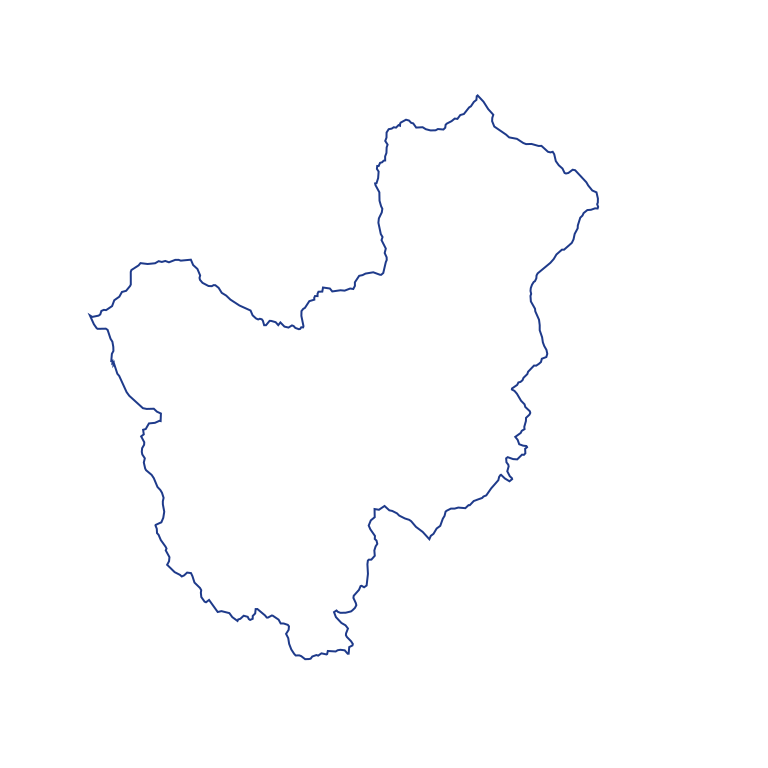 the district of Cajabamba, Cajamarca, Peru, rotated 338°
{"feature_id": "86281439B2923505587581", "entity_name": "Cajabamba", "entity_type": "district", "adm_level": 2, "iso_a3": "PER", "parent_name": "Peru", "parent_adm1": "Cajamarca", "projection": "equal_earth", "projection_center": [-78.074, -7.554], "detail": "fine", "context": "isolated", "style": "outline", "palette": "blue", "viewbox_px": 768, "rotation_deg": 338, "n_neighbors": 0, "source": "geoboundaries", "source_scale": "gbopen_adm2", "svg_char_len": 6154}
<svg xmlns="http://www.w3.org/2000/svg" viewBox="0 0 768 768"><g transform="rotate(338 384 384)"><path d="M578.9,151.5L577.8,151.9L576.1,155.2L573.0,156.1L568.6,159.1L566.6,159.4L559.2,163.6L555.5,163.2L551.4,165.7L549.0,164.4L545.1,165.6L539.7,166.1L538.2,166.8L536.8,169.3L534.4,170.3L529.5,167.8L526.9,168.1L522.1,166.3L518.2,163.4L516.0,160.4L509.9,158.3L508.7,153.3L507.0,152.0L505.9,149.1L503.4,147.2L497.4,147.9L496.5,148.6L495.6,150.5L494.5,149.4L491.2,150.8L489.2,149.6L486.8,150.1L483.8,149.5L480.6,151.8L478.6,156.5L476.2,159.1L477.0,163.4L475.1,165.6L472.8,170.7L470.3,173.4L468.8,177.2L467.3,176.8L465.4,177.7L463.2,177.5L460.7,179.9L459.4,179.3L458.0,181.9L458.6,185.0L455.7,190.9L452.3,195.0L450.9,194.7L450.6,196.5L451.5,204.5L448.5,212.4L447.9,218.1L448.1,220.9L446.2,224.1L441.3,228.5L439.2,232.4L437.2,243.8L437.7,247.2L435.6,249.7L436.4,259.1L433.7,262.8L433.9,267.5L433.0,270.0L431.3,271.7L424.9,280.8L422.3,281.7L421.2,281.2L415.9,276.4L408.2,274.7L404.9,275.0L401.5,274.4L395.1,278.8L393.8,282.1L391.1,284.4L388.4,282.8L382.5,282.7L378.8,280.8L370.7,278.8L369.6,275.2L363.6,271.7L361.4,275.2L357.8,273.9L356.2,275.4L355.3,277.6L353.0,276.6L351.6,277.9L351.0,279.7L345.8,279.2L339.2,283.8L337.2,284.1L334.8,285.5L332.9,289.9L331.0,300.2L330.2,301.2L328.5,300.4L326.9,301.5L325.6,301.3L322.8,298.8L321.9,296.4L320.6,295.2L316.6,295.9L313.2,293.5L311.0,288.1L308.0,289.8L306.7,286.1L303.1,283.3L301.6,282.6L296.6,285.3L294.9,284.6L295.4,279.9L294.9,278.2L293.3,277.0L291.5,277.0L289.9,275.3L287.9,271.1L287.8,265.9L279.4,257.1L273.2,248.2L270.8,242.9L267.7,238.7L266.7,232.9L264.6,229.2L263.0,228.5L261.0,228.8L258.0,227.4L253.6,222.2L252.4,218.5L252.7,216.5L254.2,214.5L254.1,207.4L251.6,202.2L251.5,196.4L241.8,193.5L240.0,191.9L237.0,190.7L230.2,190.6L227.3,188.0L223.7,187.6L221.1,185.7L217.0,186.3L209.8,184.2L203.5,180.7L200.9,182.1L192.5,183.7L191.2,185.2L186.5,196.9L185.3,198.0L179.8,201.0L175.5,200.5L171.3,203.9L165.3,205.3L161.1,209.9L154.0,211.4L152.0,210.3L149.3,210.4L147.0,213.2L145.0,213.7L138.6,212.5L137.0,210.2L137.4,219.9L138.5,224.7L139.2,225.6L146.8,228.5L148.0,230.3L147.4,239.6L148.0,243.1L146.9,248.2L145.5,252.0L143.0,254.1L139.8,260.4L141.0,260.6L139.9,263.0L141.4,262.6L140.3,265.0L141.3,264.4L140.6,274.6L141.5,277.3L142.3,295.1L143.4,299.5L151.4,316.1L154.6,318.2L161.3,320.7L163.1,324.6L166.1,327.8L163.0,334.7L162.0,334.0L157.1,334.2L151.3,332.5L146.2,336.5L143.5,336.2L142.4,340.7L139.2,341.6L139.9,348.2L138.8,350.5L135.7,352.9L134.0,356.2L133.5,358.8L134.4,363.3L131.9,366.8L130.9,372.9L131.1,374.8L134.5,381.2L135.3,385.1L135.4,394.6L136.9,398.5L137.4,401.7L137.0,407.0L135.0,409.9L133.9,412.7L132.4,420.1L129.2,425.4L125.8,428.8L119.5,429.1L119.1,429.6L119.1,433.1L117.7,437.2L118.5,439.4L118.6,445.1L120.5,452.9L120.7,455.1L119.3,456.5L120.2,464.2L118.3,467.8L115.2,470.4L119.4,480.0L123.3,484.5L124.4,486.7L126.9,486.6L130.8,485.1L134.2,487.0L134.4,490.4L133.9,497.1L137.0,504.2L137.3,506.7L136.0,508.9L134.8,513.1L136.1,518.6L137.2,519.7L140.9,518.7L144.4,533.1L148.2,533.7L154.8,538.5L156.0,543.3L159.4,548.8L160.6,547.7L162.8,547.9L167.1,546.3L170.4,548.8L170.6,551.3L171.5,552.6L174.3,552.5L175.4,549.9L178.6,548.5L180.7,544.6L182.3,545.2L187.0,554.0L187.8,556.6L188.8,557.1L193.3,556.6L194.1,557.2L198.0,563.0L198.5,567.3L201.3,568.5L204.6,571.3L205.1,573.1L203.5,576.2L199.6,579.0L200.0,583.8L198.7,589.4L198.6,595.4L199.6,600.5L200.4,602.6L203.8,603.9L205.3,605.3L207.8,609.6L211.4,610.9L213.1,611.2L215.4,609.8L219.8,610.0L221.2,611.2L225.1,610.3L229.4,613.2L230.1,613.1L231.9,610.5L239.0,613.9L241.3,613.5L244.0,614.1L247.8,616.2L249.3,620.5L250.2,620.8L253.2,614.9L256.8,614.6L257.7,613.4L257.1,610.2L254.8,604.6L254.6,602.6L255.4,601.0L259.0,597.2L257.9,593.3L255.0,589.6L252.1,582.1L252.2,576.8L255.1,576.2L255.9,578.0L257.8,579.8L262.8,581.7L268.2,582.5L270.0,582.0L273.2,580.7L275.5,578.7L275.8,576.6L275.5,570.9L276.6,569.0L283.7,565.5L286.6,562.6L287.6,562.7L289.4,565.0L292.4,564.3L298.0,554.0L301.1,544.9L302.9,541.7L304.1,541.2L306.5,542.1L311.1,539.8L312.7,534.7L315.4,531.4L317.9,529.7L318.4,526.4L317.4,524.2L318.7,521.5L316.9,513.6L316.8,509.5L320.7,505.5L325.5,504.0L328.4,496.4L332.2,498.7L338.8,497.3L341.6,503.1L344.1,504.8L347.6,508.8L348.8,511.7L353.0,516.5L356.5,519.4L357.8,521.4L360.1,528.4L364.5,535.7L367.9,544.9L370.5,542.3L373.7,541.5L378.7,537.7L383.0,536.6L388.1,530.9L390.7,529.0L393.3,525.4L394.5,525.0L399.3,524.6L402.9,526.0L406.6,526.4L412.9,529.6L417.0,528.0L418.1,528.5L423.4,526.1L432.5,526.4L434.0,525.6L437.1,525.6L444.3,520.9L454.0,516.0L455.9,513.3L457.9,512.0L458.5,512.0L460.7,516.9L463.9,521.2L467.2,520.2L467.3,519.2L466.1,516.6L465.6,511.1L468.7,507.1L469.0,505.4L468.2,502.5L469.4,498.7L471.3,498.2L475.6,502.0L479.3,503.8L485.5,501.2L487.2,502.1L489.1,501.2L490.6,496.9L493.0,496.2L493.0,495.6L492.7,494.8L489.9,493.3L486.8,490.5L487.0,485.9L485.9,482.2L492.4,480.6L494.2,479.0L497.4,478.5L498.0,476.3L501.7,471.5L503.0,468.6L507.4,466.9L508.8,465.6L509.0,463.9L506.4,458.2L506.7,455.5L504.8,450.9L503.6,442.8L502.4,439.3L500.5,437.0L501.0,436.1L507.2,434.7L509.2,432.9L511.3,433.2L513.8,432.4L515.7,430.5L520.6,428.5L522.2,426.6L530.0,423.1L532.0,424.0L535.3,423.3L537.8,422.4L539.8,419.7L544.6,419.8L546.7,417.2L547.4,413.2L546.8,408.8L546.9,404.9L548.1,399.9L548.5,392.5L550.4,387.8L551.8,382.5L551.5,373.3L552.2,370.8L551.1,362.5L552.8,357.2L554.2,355.6L554.7,352.6L556.0,350.1L558.4,347.4L561.0,345.5L562.5,345.2L564.8,343.1L566.1,340.5L567.9,339.0L583.6,334.0L588.2,331.7L592.4,328.5L599.3,326.1L601.3,326.9L611.0,323.5L613.9,320.9L617.0,316.3L621.9,312.2L623.1,309.6L628.3,303.3L631.1,302.2L633.1,300.3L637.7,298.9L641.2,300.0L645.5,300.2L647.8,301.3L648.9,300.0L649.0,297.1L650.2,295.9L651.8,292.2L652.8,285.9L649.6,282.6L647.7,276.4L647.2,272.8L641.3,257.4L639.2,256.0L634.0,257.4L631.6,257.0L630.5,256.0L630.2,251.1L628.0,246.7L626.8,241.7L627.9,234.7L627.4,231.9L625.1,231.6L623.0,230.1L619.2,222.2L616.5,221.2L610.7,216.7L605.6,214.8L603.4,212.7L599.1,206.5L592.4,202.2L590.6,198.5L582.7,186.6L582.7,180.8L584.1,177.8L586.2,175.3L583.6,168.2L582.0,159.5L578.9,151.5Z" fill="none" stroke="#1e3a8a" stroke-width="2"/></g></svg>